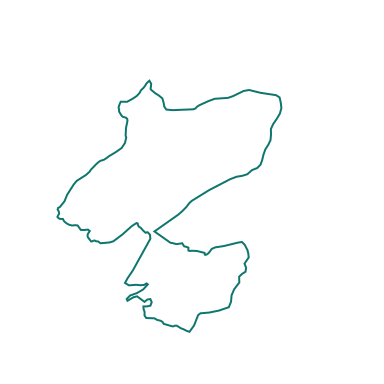 map outline of Manyara (Equal Earth projection), rotated 236°
{"feature_id": "TZA-3392", "entity_name": "Manyara", "entity_type": "Region", "adm_level": 1, "iso_a3": "TZA", "parent_name": "United Republic of Tanzania", "parent_adm1": "", "projection": "equal_earth", "projection_center": [36.5, -4.726], "detail": "fine", "context": "isolated", "style": "outline", "palette": "teal", "viewbox_px": 384, "rotation_deg": 236, "n_neighbors": 0, "source": "natural_earth", "source_scale": "10m", "svg_char_len": 2740}
<svg xmlns="http://www.w3.org/2000/svg" viewBox="0 0 384 384"><g transform="rotate(236 192 192)"><path d="M235.9,304.3L225.3,315.8L221.4,317.5L216.3,315.5L211.4,312.9L207.8,308.6L205.2,303.1L203.0,297.4L200.1,292.6L195.4,289.6L191.0,286.0L188.4,281.5L186.3,276.6L182.9,272.0L179.1,267.9L176.3,264.0L175.4,259.5L176.6,254.0L175.8,247.8L177.4,242.5L179.7,237.6L181.3,230.7L184.0,207.1L184.8,187.1L184.4,183.9L182.7,178.9L181.6,173.5L180.9,168.0L180.3,138.8L162.1,145.7L159.9,147.9L158.1,149.4L157.3,150.2L155.0,155.2L151.4,155.1L149.6,156.7L147.9,157.9L146.6,157.0L145.4,156.3L144.2,157.4L143.4,159.0L140.3,163.1L134.5,168.4L132.9,167.6L132.3,168.1L131.9,169.8L132.1,171.5L132.5,173.0L133.8,176.5L133.1,180.3L129.4,188.1L124.3,201.9L122.7,205.4L118.9,206.2L112.2,205.4L111.4,204.8L110.4,204.7L106.0,202.4L103.3,195.5L99.0,194.5L96.0,191.8L96.1,187.6L95.4,183.7L90.5,180.6L87.8,172.6L84.2,167.0L79.2,163.0L75.9,158.1L78.6,148.1L82.5,138.7L86.7,131.2L86.5,128.2L80.2,119.1L77.5,111.7L80.1,109.8L82.8,108.3L85.4,106.5L89.6,104.7L90.7,103.2L90.9,101.8L91.6,100.6L98.5,94.8L100.8,94.9L102.8,94.0L105.4,91.6L108.3,90.2L113.1,83.6L116.2,83.6L119.0,85.6L122.0,86.4L124.3,87.7L122.4,90.6L121.0,93.9L123.2,97.0L126.5,97.6L127.8,95.0L127.5,91.2L136.2,88.1L137.5,84.5L137.9,77.7L139.8,78.0L140.8,82.7L139.0,89.8L138.5,97.0L140.1,103.7L141.6,103.2L141.8,100.2L143.7,96.9L146.3,93.8L149.9,87.5L154.1,85.6L156.5,90.3L160.0,99.0L176.5,131.3L180.1,133.3L183.5,132.7L184.2,130.7L187.5,129.9L190.9,129.5L192.9,128.6L195.0,128.7L196.2,129.4L197.3,128.7L197.4,123.0L195.7,110.6L195.1,99.3L196.3,95.4L200.6,87.6L202.0,87.0L203.4,86.6L204.9,84.8L206.3,84.1L206.9,82.5L206.9,81.5L207.4,80.7L212.7,80.4L214.1,80.9L215.4,82.1L216.8,85.4L219.0,84.7L220.8,81.4L222.7,78.6L228.2,78.5L229.9,76.5L231.2,73.9L233.6,71.8L236.1,70.5L237.9,69.9L239.8,69.6L241.8,69.9L243.7,67.3L245.2,66.7L246.6,66.5L247.5,68.0L248.4,69.8L250.5,70.7L252.6,70.8L253.7,72.1L253.4,73.9L255.6,81.1L259.5,86.9L262.2,93.1L264.4,98.2L265.7,102.6L265.4,113.5L266.1,118.5L267.0,120.5L268.6,128.0L269.0,130.6L269.1,133.4L268.0,136.9L267.9,140.0L268.1,143.2L267.7,150.8L267.8,158.3L270.2,163.9L274.0,168.0L275.7,168.4L282.0,173.1L287.1,178.3L288.9,179.2L290.5,178.8L293.2,176.6L294.9,176.3L299.3,176.5L300.3,177.0L301.0,177.7L302.5,178.1L303.2,178.5L304.8,180.4L306.7,183.4L303.1,188.6L302.5,195.1L302.5,199.9L303.5,204.1L304.9,206.6L305.4,209.8L306.3,212.6L307.5,215.1L308.1,218.9L304.6,218.7L302.6,217.1L300.7,215.3L299.4,215.3L294.4,216.8L290.7,218.4L286.2,219.8L281.9,218.4L278.4,216.8L274.7,216.8L270.7,221.7L259.9,239.2L259.3,241.5L259.9,244.0L259.8,246.8L258.2,256.3L256.6,262.9L249.9,274.5L248.5,279.8L246.9,291.3L244.6,296.4L235.9,304.3Z" fill="none" stroke="#0f766e" stroke-width="2"/></g></svg>